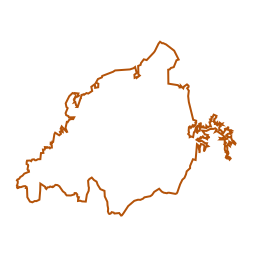 Acámbaro, Guanajuato, Mexico, rotated 3°
{"feature_id": "50627088B76042222329638", "entity_name": "Acámbaro", "entity_type": "district", "adm_level": 2, "iso_a3": "MEX", "parent_name": "Mexico", "parent_adm1": "Guanajuato", "projection": "equal_earth", "projection_center": [-100.633, 20.071], "detail": "fine", "context": "isolated", "style": "outline", "palette": "amber", "viewbox_px": 256, "rotation_deg": 3, "n_neighbors": 0, "source": "geoboundaries", "source_scale": "gbopen_adm2", "svg_char_len": 5908}
<svg xmlns="http://www.w3.org/2000/svg" viewBox="0 0 256 256"><g transform="rotate(3 128 128)"><path d="M34.0,164.5L33.0,166.2L32.0,165.6L28.9,165.9L28.6,167.2L28.6,169.3L30.0,169.9L30.3,170.8L29.8,174.5L30.3,175.3L31.1,175.5L31.4,176.9L26.8,179.0L25.2,181.1L22.9,182.7L22.1,184.3L20.2,185.3L19.8,186.1L20.7,186.8L20.8,188.7L20.1,191.3L20.6,191.5L20.3,193.1L20.8,193.8L21.9,193.5L22.5,192.6L24.1,192.7L26.4,191.7L28.4,191.4L29.7,192.2L29.2,193.3L30.3,193.5L31.1,202.4L33.9,206.6L36.4,207.2L38.7,205.8L40.4,205.8L43.3,204.2L43.6,195.0L43.4,188.1L48.4,191.1L48.6,192.2L49.6,193.2L50.8,191.5L52.7,191.2L53.3,190.5L55.5,191.0L55.8,190.5L56.5,190.7L58.5,188.6L60.6,188.7L62.5,189.8L66.2,194.6L68.8,196.4L69.1,197.3L70.3,198.5L74.4,198.4L77.9,197.1L78.1,195.8L79.5,195.7L80.8,197.0L80.8,198.5L81.2,199.4L82.6,199.7L82.3,201.0L81.9,201.0L81.9,203.5L84.0,203.1L86.0,203.7L89.7,203.7L90.4,196.7L92.0,192.8L92.1,189.7L91.6,188.1L90.9,182.7L92.1,181.0L94.4,179.4L96.7,181.7L99.4,183.2L100.7,186.3L103.6,190.5L107.8,192.0L108.4,197.6L111.2,202.8L111.6,206.3L112.4,209.6L112.3,212.4L113.3,214.5L114.1,214.8L115.2,214.3L116.1,212.9L118.2,213.3L118.9,214.1L123.7,213.4L125.7,215.8L126.4,215.6L127.8,213.6L132.3,205.9L138.1,200.4L141.7,199.1L144.1,199.1L146.7,197.8L148.0,196.4L153.9,194.9L155.6,193.5L157.5,190.4L162.3,187.0L165.0,189.7L167.0,190.7L170.3,191.1L171.1,190.6L172.6,190.5L178.7,191.3L180.0,190.8L180.6,189.8L183.0,181.5L185.0,176.8L187.0,174.8L188.3,171.3L188.9,168.2L192.1,164.9L192.0,162.6L194.5,155.8L197.2,156.4L197.7,140.6L199.5,142.0L199.7,144.5L200.7,147.9L200.5,149.2L200.9,147.8L200.6,144.4L201.7,140.1L204.4,140.8L205.3,142.0L205.0,147.5L206.0,145.7L206.8,142.7L209.1,142.0L207.3,140.7L207.2,140.1L207.6,139.1L205.9,139.1L202.3,136.9L199.8,137.7L197.1,136.2L198.2,135.1L199.2,135.9L199.4,135.1L200.2,135.3L200.2,134.8L201.1,134.6L200.7,133.8L201.2,133.2L202.4,133.6L203.2,132.5L204.5,134.0L205.4,133.8L207.6,135.0L207.6,134.5L208.2,133.8L210.0,132.7L207.3,132.9L208.2,130.9L204.9,130.3L204.5,129.3L202.2,126.7L206.5,126.8L210.1,124.7L213.6,124.4L215.1,123.7L216.6,124.8L215.4,127.2L216.9,126.4L223.7,130.6L224.8,132.2L222.0,133.4L220.5,133.2L221.2,134.1L220.6,134.6L225.2,134.4L227.6,132.9L227.8,133.6L226.7,133.8L225.2,134.9L225.3,137.0L226.0,137.0L226.7,137.7L225.9,138.4L225.0,137.9L225.4,138.5L225.0,139.2L225.8,140.0L225.7,144.0L226.1,145.3L226.6,145.8L226.6,146.8L227.2,146.9L228.7,149.2L227.7,150.6L227.2,152.4L228.5,153.3L230.5,153.3L231.1,154.3L232.1,153.1L231.1,151.9L230.1,151.7L229.0,152.2L228.3,151.6L229.6,148.1L229.1,146.2L228.3,145.7L228.2,142.4L227.4,140.8L228.4,139.4L229.9,140.3L229.1,138.7L229.7,138.4L229.8,136.2L230.9,136.8L231.7,138.9L232.5,137.0L233.6,137.1L235.8,138.7L236.2,137.7L234.0,135.4L232.6,134.8L231.6,132.5L231.5,130.8L230.5,131.9L229.0,131.8L227.1,130.3L226.5,130.8L226.4,130.2L228.1,128.6L229.6,128.2L230.5,128.6L231.1,127.9L230.7,128.0L230.2,126.8L230.6,127.0L230.5,126.1L230.9,126.0L230.8,126.7L231.4,127.0L231.2,125.7L232.0,125.3L230.9,124.7L230.3,125.1L228.4,124.6L227.9,123.7L228.2,122.6L227.9,121.4L227.3,124.4L226.8,124.3L226.3,123.4L225.2,123.9L224.6,123.1L225.2,125.1L223.5,128.0L222.4,127.8L222.2,126.8L220.6,125.2L219.2,125.4L219.1,122.7L219.4,122.0L220.3,121.5L219.8,120.6L221.2,119.8L222.0,119.9L221.6,119.6L222.0,118.8L220.5,119.4L219.7,119.1L219.9,118.3L219.1,117.8L218.8,118.7L217.6,119.3L217.8,120.2L217.1,120.7L216.4,120.1L216.5,118.2L215.5,119.3L214.6,119.4L214.7,117.7L213.7,117.7L213.2,116.6L213.9,115.7L213.6,114.7L214.7,113.9L215.7,112.3L215.3,111.7L215.6,111.2L212.9,110.2L211.9,112.7L210.8,112.6L211.1,114.6L209.6,115.1L210.8,116.6L209.9,116.7L209.9,117.8L209.1,118.1L210.7,122.1L209.4,122.0L207.7,123.1L206.1,121.6L206.1,123.9L203.6,123.6L203.4,122.6L203.0,122.3L202.2,123.5L201.5,123.6L200.1,120.9L200.6,120.2L200.3,118.7L200.1,119.8L198.9,120.3L199.9,125.1L199.6,127.1L198.7,127.0L198.1,127.6L197.5,129.1L197.0,128.8L197.1,124.6L197.7,122.5L197.7,122.1L197.3,122.2L195.9,124.0L194.8,128.4L194.1,128.8L193.5,133.7L191.5,133.2L190.1,133.9L190.0,132.3L188.4,130.8L189.2,129.5L188.7,127.6L188.8,124.0L189.7,123.2L190.8,124.6L191.9,122.9L192.4,123.1L192.5,122.2L193.6,123.1L194.0,122.9L193.5,121.8L194.9,121.6L195.5,120.4L195.1,119.3L195.8,119.1L195.7,117.2L192.7,116.4L187.4,98.9L186.4,93.0L186.8,87.6L185.0,85.2L186.4,83.7L186.2,82.6L184.6,81.4L181.7,83.7L181.1,85.5L178.6,83.1L178.8,84.6L177.4,84.8L177.3,83.5L176.5,83.5L175.6,82.6L166.0,81.6L165.1,67.7L166.5,67.3L167.7,65.8L170.5,64.8L172.9,57.8L175.0,57.0L170.1,48.4L161.7,42.6L158.6,41.4L157.7,41.6L155.5,40.2L154.1,42.1L150.8,49.8L149.9,51.2L143.1,59.2L140.2,58.6L137.5,62.6L137.3,64.3L134.9,65.5L135.6,73.9L137.0,75.0L134.3,77.3L134.2,76.6L132.0,77.6L131.6,74.5L133.8,72.6L131.9,66.7L130.4,68.0L126.8,69.4L112.1,71.2L110.2,72.6L99.5,77.4L99.3,78.8L95.4,80.7L93.6,84.4L96.1,85.4L96.1,88.9L93.1,89.6L92.6,85.9L89.2,88.8L90.3,92.9L86.5,95.7L84.7,95.3L82.4,97.1L82.0,96.6L80.1,97.5L79.6,96.6L80.0,97.7L79.2,100.4L79.4,100.8L79.0,101.2L76.6,109.7L76.0,109.7L76.3,109.4L75.9,108.4L75.0,108.1L74.0,104.8L73.0,105.2L73.4,104.5L72.5,102.8L73.1,102.2L72.8,101.5L73.9,100.5L73.5,100.2L74.0,99.0L75.0,99.3L75.8,98.8L76.1,99.2L77.3,98.3L76.1,97.2L76.6,96.1L73.0,95.9L73.1,96.7L70.8,96.0L67.7,99.3L64.5,106.6L65.4,110.2L66.7,111.3L64.9,116.4L65.6,118.4L67.9,119.3L68.4,120.5L73.7,120.1L72.8,122.0L71.0,122.0L68.9,122.8L67.4,125.4L66.6,125.2L65.6,131.4L67.4,135.0L67.0,135.2L61.7,129.9L60.8,132.3L62.7,133.7L63.0,135.4L61.1,134.6L60.2,135.4L61.4,137.3L61.2,137.6L59.7,138.9L55.5,136.5L54.8,138.0L54.0,145.7L53.1,145.6L53.0,146.9L51.6,146.7L51.6,147.6L52.6,147.2L52.5,148.2L52.1,148.2L52.1,148.7L52.8,149.4L53.0,151.5L51.6,151.7L51.1,152.3L50.4,151.5L49.8,151.8L48.6,151.4L48.5,151.9L48.0,152.1L47.1,151.4L46.0,151.4L46.3,152.8L45.8,154.0L44.2,154.0L44.8,157.3L42.4,157.6L42.1,163.7L39.7,163.9L37.9,165.0L36.9,165.1L35.8,164.2L34.0,164.5Z" fill="none" stroke="#b45309" stroke-width="2"/></g></svg>